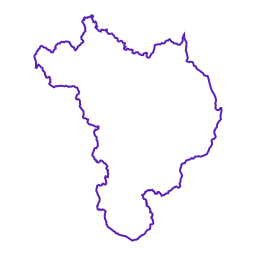 outline of Huanta, Ayacucho, Peru
{"feature_id": "86281439B1534497598484", "entity_name": "Huanta", "entity_type": "district", "adm_level": 2, "iso_a3": "PER", "parent_name": "Peru", "parent_adm1": "Ayacucho", "projection": "albers", "projection_center": [-74.213, -12.61], "detail": "fine", "context": "isolated", "style": "outline", "palette": "violet", "viewbox_px": 256, "rotation_deg": 0, "n_neighbors": 0, "source": "geoboundaries", "source_scale": "gbopen_adm2", "svg_char_len": 5673}
<svg xmlns="http://www.w3.org/2000/svg" viewBox="0 0 256 256"><path d="M99.7,198.8L99.5,201.2L98.3,203.2L98.0,205.1L97.1,205.9L97.7,209.3L98.6,209.8L99.5,209.4L99.9,209.4L100.8,210.1L102.4,209.4L103.4,209.6L105.4,211.0L105.7,211.7L104.9,213.3L104.7,216.9L105.2,219.4L106.2,221.2L106.5,224.3L108.1,227.1L111.8,229.5L112.5,230.4L114.9,231.8L115.3,232.2L115.5,233.0L116.6,233.4L117.8,233.5L118.9,234.7L126.0,236.4L132.4,240.6L134.9,239.7L136.2,239.7L138.3,238.6L139.0,237.3L140.4,236.6L141.5,235.4L142.9,235.0L144.3,234.1L145.4,233.0L145.8,231.9L147.4,230.0L149.9,229.1L150.2,228.5L150.3,224.7L150.8,224.3L152.3,224.2L153.1,223.7L153.3,223.0L152.9,220.1L152.2,219.3L152.1,218.5L151.3,217.8L151.3,217.0L152.2,216.3L152.6,214.5L152.2,213.6L150.9,212.4L150.1,212.2L150.6,210.8L150.0,209.8L149.9,208.7L148.5,206.7L146.7,205.8L146.4,205.0L147.1,203.8L146.1,202.6L146.1,202.0L146.5,201.2L146.4,200.5L145.5,199.4L143.6,198.8L143.2,197.9L143.2,196.3L142.2,195.1L142.3,194.9L144.4,194.1L145.0,193.0L145.3,191.8L146.5,191.4L147.4,190.5L148.7,190.1L149.3,190.6L150.2,190.0L151.2,190.2L152.3,189.8L153.0,190.9L153.8,191.2L155.0,193.6L155.5,193.5L156.1,193.8L157.3,193.5L157.3,192.3L157.9,192.4L158.9,192.0L161.2,194.4L161.6,195.8L162.3,195.4L164.3,195.0L165.5,193.6L168.1,193.3L168.5,192.7L168.3,192.0L168.5,191.4L171.3,190.1L173.0,188.1L173.6,187.6L175.0,187.3L175.5,186.6L177.0,186.6L178.3,187.8L179.4,187.2L180.1,186.6L180.3,185.3L179.5,183.9L180.4,181.9L180.7,179.2L182.2,175.7L180.4,171.8L180.0,170.0L181.1,166.9L181.4,164.7L182.3,163.7L183.8,163.2L184.6,163.3L185.9,161.0L186.8,160.2L189.9,159.5L191.4,158.2L193.1,158.7L195.2,156.7L198.7,156.3L200.7,156.6L201.7,156.4L206.8,154.2L208.5,151.0L209.3,148.5L211.6,145.4L212.2,143.4L211.6,141.5L211.6,140.3L212.5,139.2L214.1,138.8L215.7,137.1L215.4,135.7L214.6,133.9L214.2,131.1L215.0,130.1L215.6,128.5L216.8,127.3L217.1,124.9L218.0,122.6L220.9,119.3L220.4,116.1L221.5,110.7L221.3,108.0L220.5,108.0L219.1,109.8L218.0,110.2L216.5,109.6L215.5,108.3L215.3,107.2L215.9,106.0L215.3,103.4L216.1,100.8L215.5,97.3L214.8,96.1L214.4,94.6L212.0,90.9L211.0,88.3L209.3,82.2L208.9,79.9L207.7,76.2L204.2,75.3L202.8,72.9L201.8,72.4L199.3,70.4L197.2,69.2L196.3,68.0L196.1,66.8L195.7,66.4L194.0,65.8L192.8,62.4L192.3,62.0L190.8,61.7L189.3,62.2L186.7,61.3L186.7,60.5L187.8,58.4L186.7,52.9L185.8,50.5L186.6,42.8L185.0,39.7L184.0,36.9L184.3,35.4L184.2,34.4L183.5,35.6L182.6,38.3L182.7,41.0L182.4,41.8L180.7,43.9L179.3,44.9L178.2,44.8L176.9,43.7L173.8,43.3L172.9,42.2L171.3,41.4L169.9,39.4L169.4,39.2L168.1,40.5L166.9,40.6L165.6,41.2L165.0,42.7L164.5,43.1L163.2,43.5L162.1,43.1L161.6,43.2L160.3,44.4L158.6,44.2L155.0,44.9L154.8,45.2L154.0,50.1L153.4,51.1L153.3,52.4L151.3,54.0L149.6,57.2L149.0,57.6L148.1,57.7L147.1,57.2L146.7,56.4L146.6,54.6L147.0,53.4L146.6,52.8L143.9,53.4L143.2,54.2L143.2,55.1L142.6,55.3L139.4,54.3L137.8,52.2L135.5,52.5L134.5,53.5L133.2,53.2L132.4,52.5L132.7,50.1L131.9,49.7L129.5,49.7L127.7,48.6L127.2,48.7L126.1,49.9L124.8,49.5L123.9,48.4L124.2,47.8L125.5,46.8L124.2,45.7L124.9,43.4L123.2,43.1L122.4,41.5L121.3,40.7L119.2,41.5L118.1,41.2L117.6,40.6L117.5,38.3L115.1,37.9L113.9,35.6L112.0,33.6L108.5,33.9L106.6,31.3L106.9,30.0L106.6,29.4L105.2,30.2L104.5,30.3L101.6,29.6L101.2,30.0L100.8,31.5L99.1,31.1L95.4,27.3L95.7,26.8L97.1,26.4L96.3,25.2L96.5,24.1L96.2,22.5L95.4,21.6L94.1,22.4L93.4,22.2L93.3,21.0L91.6,17.7L93.0,16.8L93.1,16.3L92.5,15.4L91.8,15.4L88.9,17.3L87.9,17.2L87.3,17.9L84.8,17.4L84.0,18.1L84.5,19.1L84.4,19.9L83.5,19.7L82.7,20.5L82.3,21.7L82.7,22.1L82.8,22.7L83.4,23.2L83.8,24.3L84.5,24.9L84.4,25.8L85.3,27.3L85.1,29.6L85.5,31.0L83.2,33.5L83.2,34.3L82.5,35.4L81.2,36.9L81.5,39.1L83.3,40.9L83.4,41.8L82.9,42.4L81.8,42.9L80.4,44.7L78.0,46.5L77.0,48.5L75.5,50.3L74.6,49.4L74.0,47.3L72.3,46.8L71.6,46.2L71.5,45.7L70.8,45.2L70.5,44.0L69.6,43.4L69.6,42.3L68.5,41.8L65.6,41.4L64.3,42.2L62.2,41.8L61.0,42.0L59.7,43.6L58.4,43.4L56.0,45.2L55.2,47.5L55.6,47.8L55.7,48.7L54.0,49.8L52.9,52.3L51.2,52.2L49.9,50.2L48.7,50.2L48.2,49.6L47.1,49.2L45.9,47.8L44.0,47.5L41.7,45.9L40.8,46.1L40.2,46.7L39.6,48.5L38.4,49.2L38.1,50.3L36.7,51.6L36.0,54.1L34.6,55.1L34.5,57.6L35.8,60.8L36.0,62.1L36.0,66.9L35.8,67.8L36.2,67.9L36.8,67.5L38.0,65.0L38.6,64.6L41.5,67.6L42.4,67.9L42.6,68.3L42.7,70.5L44.1,71.5L44.9,72.8L44.9,74.7L45.9,76.1L46.0,77.1L47.3,77.7L49.1,76.8L49.6,77.0L49.9,78.7L50.3,79.3L50.2,81.1L50.5,82.0L49.2,83.7L50.2,84.9L53.8,87.3L54.3,87.2L55.2,86.4L58.7,86.0L60.9,85.7L64.4,86.3L66.2,85.8L68.7,86.9L70.1,86.5L71.4,86.7L72.4,86.2L74.0,86.1L75.2,87.1L77.3,87.8L78.1,90.2L79.2,91.8L78.7,93.7L76.7,95.2L76.5,96.5L75.8,98.0L76.6,99.3L77.1,99.5L78.5,99.1L79.9,100.7L79.9,102.8L80.3,104.6L79.6,106.3L80.2,107.3L81.0,107.8L81.2,108.7L83.1,110.6L83.5,111.5L83.7,115.1L82.8,116.6L82.9,117.1L83.9,118.2L85.3,118.3L86.6,119.0L88.0,119.4L88.2,119.9L87.5,121.2L87.6,122.3L88.8,124.1L92.8,125.2L94.9,126.3L96.9,126.9L98.0,126.3L98.5,126.5L98.6,127.7L98.4,128.6L97.0,129.7L95.5,129.5L94.9,130.0L94.9,130.8L94.1,131.5L94.0,132.0L94.6,134.7L95.3,136.0L96.6,137.0L96.5,139.8L97.4,141.1L97.6,142.0L97.8,146.0L96.3,148.2L95.1,148.1L94.4,148.6L93.9,150.5L92.4,154.2L92.3,155.4L94.4,157.9L94.5,159.4L96.7,160.5L96.8,161.1L96.4,161.5L97.5,162.4L98.4,162.5L99.5,161.8L100.2,160.7L101.2,160.5L102.5,161.2L103.9,162.9L105.4,163.5L106.0,164.1L107.4,166.3L106.2,168.1L106.9,169.3L108.0,170.1L108.0,170.8L107.5,171.7L108.3,173.6L107.9,174.8L108.0,176.9L107.5,177.2L105.6,176.3L104.9,178.0L105.9,179.8L105.8,181.3L106.4,182.9L105.8,184.3L105.3,184.6L102.8,183.6L102.3,184.0L101.8,185.1L101.2,185.5L99.8,185.5L98.7,184.9L97.2,185.8L96.8,188.0L96.3,189.5L96.5,191.4L97.6,193.4L97.7,194.4L99.3,197.2L99.7,198.8Z" fill="none" stroke="#5b21b6" stroke-width="2"/></svg>